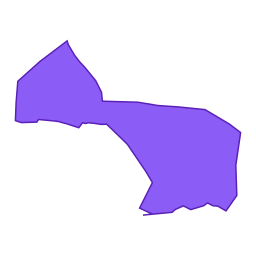 outline of Barh-El-Gazel Sud, Barh El Gazel, Chad
{"feature_id": "50815135B11223303174297", "entity_name": "Barh-El-Gazel Sud", "entity_type": "district", "adm_level": 2, "iso_a3": "TCD", "parent_name": "Chad", "parent_adm1": "Barh El Gazel", "projection": "albers", "projection_center": [16.372, 13.697], "detail": "fine", "context": "isolated", "style": "filled", "palette": "violet", "viewbox_px": 256, "rotation_deg": 0, "n_neighbors": 0, "source": "geoboundaries", "source_scale": "gbopen_adm2", "svg_char_len": 764}
<svg xmlns="http://www.w3.org/2000/svg" viewBox="0 0 256 256"><path d="M240.6,132.6L229.6,124.2L205.0,109.6L178.0,106.9L157.7,105.5L137.8,102.2L102.5,101.2L102.2,99.3L101.5,92.3L95.8,80.9L95.4,80.4L95.3,80.2L85.1,67.7L79.7,61.9L74.6,55.3L68.3,44.7L67.1,40.9L57.1,48.5L40.1,61.3L17.8,81.3L16.1,102.7L15.4,120.6L21.4,122.6L36.8,122.1L38.5,119.5L46.0,120.2L53.5,120.9L58.9,121.6L61.8,122.5L66.9,123.8L73.1,125.9L78.8,127.7L82.6,122.7L85.1,123.5L88.5,122.8L94.0,123.3L101.2,124.4L106.7,124.2L127.3,144.2L145.8,171.4L152.4,182.6L139.6,208.1L152.3,214.1L143.0,215.1L172.1,212.3L175.4,209.4L183.4,205.9L190.7,209.6L203.8,205.7L207.5,202.9L212.8,205.7L217.9,206.2L226.0,210.9L236.8,195.5L235.8,165.3L240.6,132.6Z" fill="#8b5cf6" stroke="#5b21b6" stroke-width="1.5"/></svg>